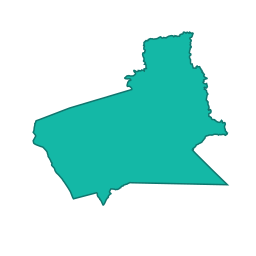 Novo Repartimento, Pará, Brazil, rotated 165°
{"feature_id": "56859067B50073912473669", "entity_name": "Novo Repartimento", "entity_type": "district", "adm_level": 2, "iso_a3": "BRA", "parent_name": "Brazil", "parent_adm1": "Pará", "projection": "mercator", "projection_center": [-50.465, -4.525], "detail": "fine", "context": "isolated", "style": "filled", "palette": "teal", "viewbox_px": 256, "rotation_deg": 165, "n_neighbors": 0, "source": "geoboundaries", "source_scale": "gbopen_adm2", "svg_char_len": 5713}
<svg xmlns="http://www.w3.org/2000/svg" viewBox="0 0 256 256"><g transform="rotate(165 128 128)"><path d="M40.9,203.0L41.3,203.1L41.5,202.8L41.9,202.8L42.2,203.0L42.7,203.6L43.0,203.9L43.4,203.9L43.4,204.3L43.6,204.6L44.6,203.8L45.3,204.7L46.0,205.2L46.4,205.2L47.0,204.6L47.4,204.6L48.4,205.8L49.6,206.2L49.9,206.0L50.2,205.1L50.5,204.9L50.9,204.7L51.5,204.7L52.2,204.9L53.1,204.6L53.5,204.7L53.8,204.4L54.2,203.6L54.4,203.3L54.9,203.2L55.9,203.8L56.6,203.6L57.0,203.7L57.7,204.6L58.1,204.7L58.4,204.5L58.7,204.6L58.9,204.9L59.2,204.6L60.0,204.3L60.4,204.4L60.6,205.2L61.1,205.6L61.8,205.8L62.1,206.0L65.0,206.1L66.4,205.7L66.8,205.7L67.4,205.3L67.9,205.2L68.3,205.3L68.6,205.6L69.8,205.9L70.0,206.2L71.4,205.9L72.1,206.3L72.7,207.4L73.2,207.7L73.8,207.4L74.2,207.5L75.6,207.1L76.4,206.8L76.8,206.9L77.3,206.8L80.6,207.3L81.6,208.0L81.9,208.0L82.8,208.2L83.1,208.5L83.9,208.5L84.6,208.0L85.3,208.3L85.6,208.2L86.0,207.3L86.4,207.2L87.1,207.3L87.4,207.6L88.1,207.8L88.8,207.0L89.2,207.2L89.5,207.0L90.2,206.6L90.5,206.3L90.8,204.6L91.4,204.0L91.6,203.6L91.0,203.2L90.9,202.8L91.4,202.2L92.0,201.2L92.2,199.9L92.1,199.6L91.5,199.2L91.2,198.5L91.4,198.0L92.0,197.7L92.3,196.8L92.5,196.5L92.9,196.3L93.7,196.7L94.1,196.6L94.4,196.3L94.9,195.1L94.9,193.0L94.5,191.7L94.5,191.2L94.8,190.4L94.9,189.3L95.4,189.1L95.7,188.7L95.6,188.4L94.5,186.9L94.4,186.5L94.5,186.1L95.6,185.3L95.1,185.0L94.5,184.9L94.4,183.6L95.0,181.8L94.7,181.0L94.8,180.7L97.2,180.9L97.5,180.2L97.3,179.4L97.5,178.9L98.0,179.4L99.7,180.5L100.4,180.0L101.2,179.9L101.5,180.1L101.7,180.4L102.7,180.3L102.8,180.7L103.2,180.9L103.5,180.3L103.8,180.1L104.7,180.1L105.6,180.6L106.5,181.6L107.2,182.1L107.5,181.9L107.6,181.5L107.3,180.4L106.7,179.4L106.6,178.9L106.8,178.2L107.6,177.7L109.3,177.0L109.7,177.0L112.1,177.5L113.6,178.4L114.0,178.3L115.4,178.6L117.5,177.5L117.9,177.4L118.2,177.1L118.1,176.7L117.5,176.2L116.0,175.6L113.9,175.2L113.2,174.8L112.9,174.4L112.9,173.5L113.4,173.3L114.3,173.5L114.8,173.4L116.3,172.2L117.8,169.6L117.9,169.1L117.9,168.7L117.7,168.3L116.2,168.1L115.2,167.3L114.3,165.7L114.2,165.0L114.4,164.2L179.3,162.4L211.8,159.0L214.6,158.8L215.1,158.6L216.0,157.0L216.8,156.5L217.2,155.0L218.4,152.8L219.5,149.9L220.7,148.4L219.4,145.4L219.2,144.4L219.4,143.9L222.9,140.2L223.0,138.1L222.9,137.6L222.4,136.9L221.0,135.6L217.3,132.9L215.3,131.7L214.6,130.6L212.9,127.3L212.4,125.9L212.3,125.4L212.4,124.2L212.3,122.4L212.5,121.5L212.4,120.8L211.8,119.3L211.7,118.6L211.3,117.3L211.0,114.8L210.6,114.1L210.6,113.5L211.3,112.3L211.3,111.5L209.8,108.7L209.5,107.9L209.5,105.6L208.8,103.3L207.2,100.7L204.8,95.8L204.1,93.5L203.6,92.4L201.2,85.2L200.1,81.3L199.4,75.2L199.0,73.7L175.2,73.6L174.8,73.1L174.7,72.5L175.0,70.9L174.8,69.4L174.4,68.9L174.0,67.8L173.6,67.3L173.7,66.5L173.2,65.6L173.0,65.0L172.8,64.5L172.1,60.2L171.6,60.0L170.2,61.2L167.3,64.7L166.4,65.3L166.1,65.7L165.5,65.8L165.1,66.1L164.8,66.4L164.9,66.9L164.1,67.8L162.5,68.6L162.3,68.9L161.5,69.0L161.6,69.4L162.2,70.0L162.2,70.4L162.4,70.7L162.4,71.3L161.7,72.0L161.3,72.6L160.2,73.6L156.9,72.4L156.5,72.1L156.2,71.7L154.6,71.6L154.2,71.4L153.8,71.4L152.3,71.7L151.8,72.1L150.4,72.3L149.8,73.1L149.2,73.4L147.9,73.3L147.5,73.4L147.1,73.9L146.7,74.0L145.3,74.0L144.8,74.2L143.5,74.0L143.0,74.3L141.0,74.6L140.2,74.8L139.4,74.4L46.7,47.5L56.9,64.6L69.4,86.1L71.4,89.9L70.9,89.9L70.5,90.2L70.6,91.3L68.7,92.0L67.1,93.1L66.4,94.0L64.5,94.2L63.6,94.6L62.3,94.7L61.6,95.0L61.0,95.0L60.1,95.4L59.4,96.1L57.9,97.1L57.5,97.5L56.6,98.0L56.3,98.3L56.0,99.0L55.7,99.4L54.2,100.2L53.9,100.0L52.5,100.0L51.8,100.2L51.4,100.1L50.7,100.1L48.7,99.4L47.7,99.4L46.6,99.6L45.3,99.4L44.5,99.0L43.6,98.9L43.0,98.5L42.5,97.8L42.3,97.7L41.5,98.1L40.8,97.9L40.4,97.6L39.8,97.4L38.7,97.4L36.6,96.9L36.1,95.9L35.7,95.7L34.7,96.2L34.3,96.3L33.7,96.6L33.3,97.4L34.2,97.8L33.9,98.7L34.3,99.5L34.7,99.8L34.7,100.5L34.4,101.6L34.7,102.9L34.3,104.8L33.5,105.8L33.0,106.6L33.0,107.8L33.2,108.2L35.2,108.4L35.4,108.8L35.1,110.1L35.4,110.5L35.7,111.2L36.0,111.0L37.0,110.0L38.0,109.7L39.5,110.3L40.9,111.5L41.3,112.1L41.4,112.5L41.8,113.0L42.3,113.1L42.4,113.7L43.0,114.0L44.5,114.4L45.0,115.9L44.9,116.6L45.2,116.9L45.7,117.1L45.8,117.7L46.1,118.0L46.8,118.3L46.9,118.6L46.5,119.9L46.5,120.5L46.2,120.9L44.9,121.1L44.1,121.4L43.6,122.3L43.4,122.9L43.4,123.7L43.7,124.4L44.2,124.7L44.6,124.2L45.1,124.2L45.5,124.3L45.7,125.0L44.5,126.6L44.4,127.0L44.5,127.5L44.3,127.8L44.3,128.3L44.7,130.2L43.9,132.4L44.2,132.8L44.5,132.9L44.5,133.7L45.2,134.8L43.1,139.3L42.1,140.0L42.2,140.9L42.8,141.9L42.5,143.7L42.6,144.1L43.0,144.4L43.4,145.2L44.1,145.6L43.8,145.9L43.9,147.4L43.5,147.6L43.2,147.5L42.2,146.4L41.8,146.3L40.7,147.3L40.8,147.6L40.6,148.4L40.6,150.6L41.5,150.4L42.0,150.6L42.3,151.0L43.1,151.4L43.3,151.8L43.7,152.4L43.7,152.7L43.5,153.0L42.8,153.2L42.5,153.5L42.4,154.2L42.6,154.5L42.5,154.9L42.1,155.0L41.3,155.0L40.6,155.3L39.1,155.2L38.8,155.5L39.0,155.9L39.7,156.3L40.5,157.2L40.8,157.4L41.4,158.4L41.3,159.0L40.6,159.5L40.4,159.8L40.7,160.6L41.3,161.2L41.4,161.7L41.2,162.3L41.4,162.6L41.8,162.6L42.1,162.9L41.7,163.7L41.7,164.4L41.8,164.8L42.4,165.5L42.3,166.3L42.7,166.9L42.8,168.0L43.0,168.7L44.9,169.1L45.0,169.9L45.3,170.0L46.4,169.4L46.9,168.2L49.5,169.1L49.5,173.3L50.3,173.4L50.6,173.6L50.8,174.0L50.8,174.4L50.3,176.5L49.9,177.8L50.4,179.6L50.2,180.9L50.0,181.3L49.5,181.9L48.4,182.3L48.2,183.1L48.3,183.5L49.2,184.1L49.3,184.9L48.2,187.2L47.7,187.8L47.1,189.4L46.6,189.5L46.3,189.4L45.9,190.1L46.0,190.8L46.4,191.0L46.4,192.5L45.7,192.9L45.6,193.3L45.8,194.2L45.6,194.6L45.3,194.7L44.3,195.9L44.3,196.7L44.6,196.8L44.8,197.2L45.1,198.4L44.6,199.1L43.1,199.2L42.7,199.8L42.1,200.2L41.3,201.8L40.7,202.2L40.9,203.0Z" fill="#14b8a6" stroke="#0f766e" stroke-width="1.5"/></g></svg>